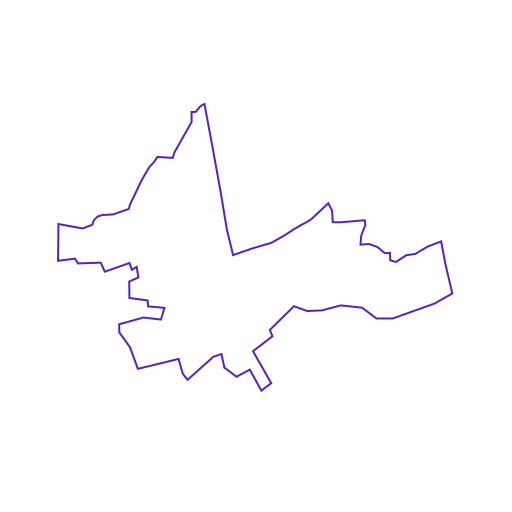 outline of Al-Ahram, Al Jizah, Egypt, rotated 283°
{"feature_id": "37247803B9687639154335", "entity_name": "Al-Ahram", "entity_type": "district", "adm_level": 2, "iso_a3": "EGY", "parent_name": "Egypt", "parent_adm1": "Al Jizah", "projection": "albers", "projection_center": [31.147, 29.99], "detail": "fine", "context": "isolated", "style": "outline", "palette": "violet", "viewbox_px": 512, "rotation_deg": 283, "n_neighbors": 0, "source": "geoboundaries", "source_scale": "gbopen_adm2", "svg_char_len": 1696}
<svg xmlns="http://www.w3.org/2000/svg" viewBox="0 0 512 512"><g transform="rotate(283 256 256)"><path d="M381.8,160.8L372.1,163.1L338.5,153.2L332.9,152.9L330.3,137.6L324.7,135.6L319.1,132.2L305.1,127.8L289.6,124.3L279.5,122.0L276.2,121.6L273.2,121.4L264.4,107.5L262.1,99.6L261.4,97.2L259.0,93.0L257.0,91.6L254.7,90.1L249.6,89.4L243.9,81.0L243.6,77.4L243.6,75.6L243.5,73.8L243.4,71.5L242.8,59.0L242.7,56.3L242.0,56.5L221.0,61.1L206.8,64.2L212.7,80.2L208.7,84.2L214.6,106.2L206.7,112.2L220.7,134.3L214.6,138.2L218.6,142.2L208.6,146.2L202.6,138.2L192.9,140.6L186.6,142.1L188.3,160.4L182.6,162.2L184.9,178.4L178.2,178.0L172.7,177.7L170.7,160.1L166.5,152.4L161.8,143.7L158.7,138.0L150.8,140.0L138.9,153.6L136.3,155.3L119.5,166.3L123.0,173.3L132.1,191.4L138.3,203.8L136.9,204.5L129.9,208.3L124.6,211.3L120.0,217.2L148.1,237.0L152.7,244.4L140.1,250.3L134.0,264.2L143.9,275.5L126.0,291.5L135.5,299.4L162.6,274.5L181.5,290.1L187.1,286.1L215.6,304.3L213.9,318.2L217.8,332.4L222.2,340.7L227.0,350.0L228.1,359.3L229.5,371.0L225.3,380.4L222.2,387.4L225.9,403.3L249.8,440.6L263.6,455.7L276.9,449.2L291.3,442.1L311.9,433.1L303.6,420.9L293.9,410.8L290.6,402.3L281.6,393.6L282.1,387.7L289.1,385.8L287.7,380.9L292.1,372.2L293.1,363.4L290.6,355.3L299.4,353.9L310.7,355.6L315.3,354.0L307.7,330.3L306.2,323.2L317.3,319.9L319.0,318.5L322.4,315.6L323.7,314.6L305.2,302.2L302.4,299.9L296.4,293.1L290.4,286.7L282.7,279.3L276.2,272.3L272.9,268.7L272.0,267.6L268.6,261.4L263.9,253.1L262.9,251.3L251.7,233.4L255.5,231.6L273.4,222.6L275.2,221.7L289.9,215.6L308.6,207.9L348.0,191.0L392.5,171.6L390.1,168.7L388.4,167.6L386.2,166.5L383.0,165.0L382.4,163.3L381.8,160.8Z" fill="none" stroke="#5b21b6" stroke-width="2"/></g></svg>